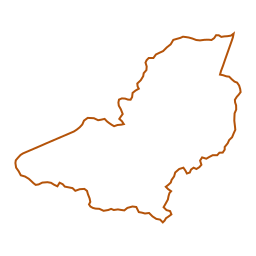 Terra Nova, Pernambuco, Brazil
{"feature_id": "56859067B57028644617206", "entity_name": "Terra Nova", "entity_type": "district", "adm_level": 2, "iso_a3": "BRA", "parent_name": "Brazil", "parent_adm1": "Pernambuco", "projection": "albers", "projection_center": [-39.396, -8.152], "detail": "fine", "context": "isolated", "style": "outline", "palette": "amber", "viewbox_px": 256, "rotation_deg": 0, "n_neighbors": 0, "source": "geoboundaries", "source_scale": "gbopen_adm2", "svg_char_len": 2393}
<svg xmlns="http://www.w3.org/2000/svg" viewBox="0 0 256 256"><path d="M217.2,155.2L219.4,152.7L222.7,152.6L224.7,149.6L224.7,147.0L227.7,143.3L229.2,140.0L232.1,137.2L233.7,133.3L235.3,129.8L235.0,126.6L234.6,123.3L234.3,120.7L234.4,117.5L234.6,113.3L236.2,109.6L236.1,105.4L235.1,102.4L234.9,99.8L236.8,96.8L238.7,94.7L240.6,92.1L240.2,89.1L239.1,85.5L237.1,82.6L234.5,81.6L231.8,79.3L229.2,76.7L226.3,76.3L223.1,75.2L220.0,74.6L221.0,71.0L223.0,65.7L225.3,59.0L231.7,40.9L232.9,37.3L233.6,33.6L231.0,35.6L227.4,36.2L224.2,36.4L221.3,36.9L218.8,35.3L216.1,35.2L214.1,38.2L211.5,40.0L208.6,39.7L204.6,39.8L200.0,40.4L196.2,40.0L192.3,38.5L188.7,37.5L186.1,37.1L183.0,36.7L180.3,37.9L176.7,38.9L173.3,39.9L170.7,44.3L166.8,47.4L163.1,51.1L159.6,52.7L155.9,54.5L153.4,58.0L148.7,58.0L146.6,60.2L145.5,62.6L146.7,66.5L146.4,70.1L143.7,73.2L143.2,76.2L140.7,80.3L137.3,83.5L137.6,86.4L138.8,88.7L135.6,90.5L132.6,92.9L132.1,97.1L130.6,99.7L128.0,99.6L125.1,98.6L121.9,98.4L119.0,99.6L118.4,102.5L118.8,105.7L120.8,109.2L122.7,114.0L120.8,116.6L119.3,118.9L121.9,121.2L123.8,124.1L121.2,124.7L117.5,125.0L114.1,126.2L111.7,124.8L109.2,123.1L107.1,121.5L104.6,118.9L101.1,119.7L98.1,120.2L93.9,118.2L87.7,117.9L84.0,120.6L82.3,124.5L79.7,127.3L76.8,129.6L73.9,131.5L45.9,143.5L41.4,145.5L38.6,146.7L23.0,153.4L20.5,155.0L18.0,157.7L15.8,160.3L15.4,163.0L16.1,167.6L18.7,171.3L20.8,175.3L25.0,176.5L28.8,178.8L31.3,181.1L33.5,183.2L35.7,184.9L38.7,184.4L42.3,182.6L47.4,182.2L51.0,182.8L54.2,184.8L57.4,186.3L59.6,182.7L62.7,184.2L64.8,186.6L68.9,187.4L72.5,188.1L75.3,190.8L79.8,189.2L84.4,188.9L87.0,190.9L87.9,194.1L89.6,198.4L90.3,201.9L89.0,204.4L90.4,206.5L92.8,207.9L95.5,208.6L99.3,208.8L103.6,210.8L108.3,210.0L111.1,208.9L113.8,210.0L117.9,209.4L120.8,209.9L124.3,210.4L127.4,207.9L132.5,206.5L136.3,207.0L137.5,209.5L138.8,212.1L141.7,212.6L145.0,213.5L149.1,213.0L152.5,216.4L156.3,218.9L160.1,219.6L162.8,222.4L164.6,220.6L166.0,218.2L168.4,216.6L171.4,214.4L170.1,211.1L166.5,210.1L163.6,207.2L165.7,203.5L167.9,199.5L168.5,196.3L169.4,193.2L171.1,191.2L168.2,189.2L165.8,186.8L168.5,184.7L170.8,182.5L171.6,179.9L174.1,176.4L175.2,172.5L179.2,169.0L183.4,167.7L185.4,170.6L186.9,173.5L189.8,172.5L191.0,169.6L193.6,167.7L196.4,169.0L199.3,167.2L201.4,164.8L200.1,160.6L202.1,157.4L206.3,158.7L209.2,157.0L212.7,155.2L217.2,155.2Z" fill="none" stroke="#b45309" stroke-width="2"/></svg>